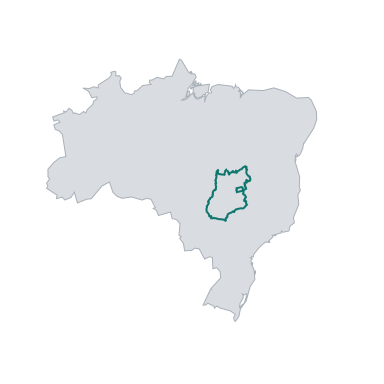 Goiás highlighted on a map of Brazil, rotated 346°
{"feature_id": "BRA-1294", "entity_name": "Goiás", "entity_type": "State", "adm_level": 1, "iso_a3": "BRA", "parent_name": "Brazil", "parent_adm1": "", "projection": "albers", "projection_center": [-49.017, -15.943], "detail": "fine", "context": "in_parent", "style": "outline", "palette": "teal", "viewbox_px": 384, "rotation_deg": 346, "n_neighbors": 0, "source": "natural_earth", "source_scale": "10m", "svg_char_len": 9010}
<svg xmlns="http://www.w3.org/2000/svg" viewBox="0 0 384 384"><g transform="rotate(346 192 192)"><path d="M97.3,86.8L101.5,89.6L106.3,87.7L108.0,89.6L110.5,86.5L117.0,83.1L118.3,80.2L122.5,78.4L122.7,76.6L117.7,76.4L115.9,69.1L111.3,64.8L117.2,66.7L122.3,66.2L126.1,68.3L127.0,65.4L139.7,61.1L142.4,58.5L142.1,56.3L146.0,56.0L147.2,57.0L146.2,60.8L149.6,61.6L150.9,64.6L148.7,67.0L148.0,73.2L150.8,79.5L157.0,82.9L159.5,82.3L160.7,80.1L163.0,80.5L169.7,76.8L178.4,77.6L177.0,74.9L178.3,73.1L180.0,73.8L185.6,72.3L192.1,75.4L194.7,73.7L200.8,74.8L211.9,60.1L213.7,61.6L217.6,74.9L219.6,77.0L223.3,78.1L223.8,81.5L217.4,88.0L213.6,90.2L208.5,99.1L203.5,100.5L208.8,100.7L216.5,96.1L218.0,101.8L220.2,103.5L228.2,101.5L225.8,108.0L228.9,102.8L232.6,99.8L234.4,100.7L235.3,99.8L234.5,97.4L237.0,94.6L243.3,94.0L256.6,99.1L257.5,101.6L259.4,99.9L262.5,101.9L263.3,104.1L261.6,105.5L262.3,106.3L264.0,104.9L264.4,106.3L262.8,107.7L261.7,112.1L263.9,110.3L265.5,107.1L265.7,109.4L271.7,106.6L285.5,110.8L296.6,110.8L307.2,117.3L316.2,126.2L327.9,128.5L330.0,131.7L332.2,144.0L330.5,151.9L325.5,159.6L312.3,172.1L312.4,171.1L309.7,177.0L305.6,182.1L303.7,182.8L302.5,180.4L301.3,181.5L299.4,187.1L300.1,203.5L297.4,212.8L297.6,216.5L294.0,220.3L292.7,229.7L284.3,241.3L283.8,246.7L279.0,248.7L276.6,253.2L270.6,253.1L269.3,251.4L268.8,253.3L259.4,253.5L259.8,255.0L253.8,258.7L250.5,258.6L244.5,261.6L237.1,267.2L235.7,269.9L234.4,268.9L233.9,270.1L232.2,269.6L234.4,271.2L232.7,272.9L232.1,275.9L233.4,282.4L231.8,292.1L225.7,297.6L218.2,310.8L211.2,316.7L211.0,314.8L216.0,312.3L220.4,305.1L220.5,303.8L217.5,304.6L215.8,302.3L216.7,304.6L215.9,307.3L211.6,311.7L210.2,315.2L210.7,317.1L207.5,323.8L203.0,328.0L202.0,327.4L201.9,324.1L204.4,321.1L200.3,316.5L191.2,311.4L188.4,308.6L185.9,310.2L185.6,308.1L180.4,303.7L178.0,305.0L175.4,304.4L186.0,291.4L187.3,291.4L187.0,290.2L199.0,282.3L200.0,275.9L197.6,271.4L193.7,271.5L195.9,260.6L193.3,259.0L188.1,260.2L185.2,248.9L180.8,247.1L177.6,248.6L170.6,247.3L171.3,239.8L168.8,233.9L170.8,232.5L168.9,230.9L172.7,219.8L170.2,214.9L166.3,213.0L166.3,206.2L153.8,206.7L153.0,201.1L150.5,198.5L152.6,198.3L150.5,189.1L146.4,187.2L141.5,187.7L132.2,182.2L122.7,181.2L118.4,178.2L115.2,173.2L114.3,162.3L106.1,164.4L92.5,174.2L88.1,173.5L78.2,174.9L77.8,163.7L73.3,168.0L66.7,169.0L64.9,165.6L58.9,165.6L60.3,162.4L51.8,153.2L53.6,151.2L53.0,148.4L57.0,144.8L56.0,142.3L57.7,135.1L64.8,130.0L72.1,126.8L78.2,127.1L80.2,105.1L78.0,100.6L74.5,98.3L74.2,93.4L80.8,92.2L79.3,89.6L75.3,89.9L74.9,85.5L87.3,84.2L87.0,82.4L89.1,83.9L92.9,81.0L95.2,83.6L95.8,87.2L97.3,86.8ZM221.2,90.3L235.0,91.6L231.7,99.1L229.2,99.3L228.8,100.6L226.7,100.0L224.6,101.9L219.4,101.9L217.5,98.1L218.8,97.2L217.2,95.8L218.3,91.4L221.2,90.3ZM209.6,99.6L211.6,94.1L213.8,93.3L213.7,96.7L209.6,99.6ZM225.0,87.7L223.7,89.7L220.5,89.2L221.0,87.9L225.0,87.7ZM220.3,85.5L219.8,89.6L218.4,89.2L220.3,85.5ZM227.2,90.3L225.2,90.5L224.3,90.2L226.7,88.9L227.2,90.3ZM218.2,90.5L216.2,91.8L215.4,91.1L216.8,89.9L218.2,90.5ZM221.9,86.8L221.0,86.0L222.6,85.1L222.7,85.9L221.9,86.8ZM220.8,76.2L219.6,76.4L219.3,74.9L220.4,74.8L220.8,76.2ZM233.8,286.4L233.4,285.1L234.3,283.9L234.5,284.2L233.8,286.4ZM254.9,258.2L255.2,259.7L253.9,259.3L254.9,258.2ZM233.2,276.9L232.6,276.1L233.5,275.2L233.7,275.6L233.2,276.9ZM263.6,109.4L262.7,111.0L263.6,108.7L263.6,109.4ZM303.0,183.0L301.7,183.4L302.6,182.2L303.0,183.0ZM262.8,254.2L261.5,254.6L261.2,254.3L262.0,253.7L262.8,254.2ZM300.7,185.8L300.2,186.7L299.9,186.1L300.7,185.8ZM260.1,98.6L260.2,99.4L259.8,99.3L260.1,98.6Z" fill="#d9dde1" stroke="#a8b0b8" stroke-width="1"/><path d="M249.9,180.1L250.8,180.8L251.0,181.0L250.9,181.2L250.3,181.7L250.1,182.5L250.2,182.9L250.8,183.2L250.9,183.3L250.9,183.5L250.8,183.9L250.5,184.1L250.1,184.3L249.9,184.7L249.4,186.1L249.4,186.8L249.5,187.6L249.8,188.5L250.1,189.1L250.4,189.9L250.9,190.2L251.2,190.8L251.8,191.1L251.7,191.6L251.5,191.9L251.5,192.3L251.5,192.6L251.8,193.0L251.8,193.7L251.7,193.9L251.4,194.3L251.1,194.8L250.9,194.9L250.7,195.2L250.3,195.2L249.9,195.3L249.7,195.1L249.2,195.1L249.0,194.6L248.7,194.2L247.8,193.7L247.7,193.6L247.3,194.1L247.2,194.3L247.2,194.5L247.4,194.7L247.2,195.1L247.4,195.3L247.4,195.5L247.4,195.9L247.4,196.0L247.1,196.2L246.9,196.2L246.1,195.8L245.9,195.7L245.4,195.8L245.1,195.9L245.0,196.1L244.8,197.3L245.0,197.4L245.3,197.9L245.3,198.0L245.0,198.4L244.8,198.6L244.7,198.8L244.7,199.6L244.9,199.8L245.1,199.8L245.3,200.8L245.4,201.2L245.4,201.9L244.8,202.1L244.4,202.2L244.0,202.2L243.7,202.4L243.3,202.2L243.1,202.7L242.7,203.0L242.4,203.0L242.1,203.1L242.1,203.3L241.9,203.9L242.0,204.4L242.0,204.6L241.8,205.0L241.5,205.5L241.2,205.7L241.1,206.4L241.2,206.6L241.4,206.9L241.8,207.0L242.4,207.5L242.6,208.1L242.7,208.5L242.8,208.8L243.1,209.4L243.1,209.8L242.8,209.9L242.6,210.1L242.7,210.5L242.4,210.7L242.2,211.0L241.9,211.1L241.8,211.4L241.7,211.5L241.4,211.7L241.3,211.9L241.3,212.1L241.1,212.3L240.8,212.3L240.7,212.3L240.5,212.7L240.5,213.2L240.6,213.4L240.9,213.7L241.0,213.7L241.4,213.5L241.6,213.6L241.8,213.7L242.0,213.8L242.3,214.1L242.3,214.4L242.3,214.7L242.1,214.9L241.9,215.2L241.7,215.9L241.7,216.3L241.9,216.7L242.0,216.9L242.0,217.0L242.2,217.6L241.8,217.7L241.7,217.9L241.5,218.0L241.4,218.1L241.2,218.2L241.2,218.3L240.3,218.6L240.2,218.7L239.6,219.4L237.8,220.3L237.1,220.2L236.9,220.1L236.4,220.0L236.1,219.8L235.5,219.6L234.8,219.6L233.1,219.5L231.7,219.6L230.8,219.4L230.3,219.7L229.4,220.1L229.1,220.4L228.0,221.6L227.9,221.6L227.7,221.5L227.4,221.1L227.2,220.7L226.7,220.9L225.1,221.5L224.8,221.6L224.4,221.5L223.6,221.5L222.9,221.8L221.7,222.1L220.6,223.4L220.3,223.8L220.4,224.4L220.3,224.6L220.2,224.7L220.0,225.1L219.7,225.2L219.3,225.1L219.1,225.2L219.0,225.4L218.7,225.6L218.6,225.9L218.2,226.2L218.0,226.4L217.9,226.9L217.8,227.1L218.0,227.6L217.8,227.8L217.5,227.6L217.4,227.5L217.2,227.7L216.7,226.9L216.2,226.4L215.7,226.4L215.4,226.2L214.9,226.2L214.0,225.5L213.3,225.3L213.0,225.3L212.6,225.3L211.2,224.7L210.7,224.3L209.7,224.0L209.5,223.6L208.6,223.1L208.4,223.1L207.9,223.1L207.7,223.1L207.1,222.5L206.8,222.3L205.9,222.5L205.4,222.4L205.0,222.4L204.2,222.2L204.1,221.9L204.3,221.3L204.8,220.5L204.9,220.3L204.8,220.1L203.9,219.8L203.4,220.1L203.1,219.9L202.9,219.7L202.9,219.4L203.0,218.0L202.9,217.5L202.5,216.6L202.2,215.8L202.0,215.5L201.6,214.9L201.5,214.7L201.5,214.2L201.6,213.9L201.7,213.4L201.8,213.0L201.9,212.8L201.8,212.2L202.1,211.8L202.2,211.4L202.6,210.8L202.7,210.7L202.9,210.5L202.9,210.3L202.8,210.1L203.0,209.4L203.0,209.2L203.3,208.9L204.4,208.3L205.0,207.6L205.1,207.2L205.6,206.8L205.7,206.0L205.3,205.8L205.2,205.7L205.2,205.4L205.3,205.1L205.6,204.9L206.1,204.7L206.2,204.2L206.8,203.7L207.4,203.3L207.6,203.3L207.7,202.8L208.0,202.5L208.1,202.3L208.2,202.2L208.7,202.1L209.6,202.0L210.0,201.6L210.4,201.5L210.6,201.5L210.7,201.4L210.8,201.2L211.0,200.9L211.4,200.1L211.4,199.9L211.2,199.6L211.3,199.5L211.5,199.5L211.8,199.1L211.9,198.6L212.0,198.3L212.0,198.0L212.0,197.8L212.2,197.6L212.1,197.2L212.5,196.8L212.7,196.7L213.1,196.1L213.5,195.9L213.8,195.7L214.2,195.5L214.4,195.4L214.5,195.5L214.8,195.8L215.4,195.5L215.6,195.3L215.7,195.0L216.0,194.9L216.0,194.4L216.2,193.8L216.4,193.2L216.6,193.0L216.8,192.2L216.6,191.4L216.8,190.8L216.8,190.5L216.9,190.2L217.2,189.6L217.1,189.4L217.5,189.3L217.7,189.1L217.7,188.9L217.5,188.2L217.6,187.9L217.7,187.5L217.6,187.2L217.6,186.8L217.5,186.4L217.8,186.3L218.0,186.2L218.2,185.6L218.3,185.1L218.9,184.4L218.9,184.0L219.3,183.5L219.5,182.9L219.5,182.7L219.5,182.2L219.4,181.8L219.7,181.7L219.6,181.4L219.9,181.2L220.0,181.0L220.2,180.4L220.1,180.2L220.2,179.9L220.4,179.2L220.6,179.0L220.7,178.5L221.0,178.2L221.2,177.9L222.4,177.0L222.6,177.1L222.6,177.3L222.6,177.5L222.1,178.1L222.1,178.8L221.7,179.5L221.6,180.5L223.1,181.4L223.6,181.4L223.7,181.5L224.1,181.8L225.7,182.5L226.5,182.6L227.7,183.1L227.8,183.0L227.9,182.9L228.0,182.2L228.4,181.3L229.5,179.4L230.0,179.0L230.4,178.8L230.4,179.2L230.4,179.4L231.0,179.7L231.5,180.1L231.7,180.4L231.9,180.8L231.8,181.3L232.1,182.0L232.1,182.8L232.0,183.3L232.0,183.6L232.1,183.9L232.2,184.0L232.5,183.8L232.7,183.7L232.8,182.6L233.0,182.4L233.3,182.4L234.1,182.7L234.8,182.6L235.2,182.5L235.9,182.0L236.3,181.7L236.4,181.8L236.5,181.8L236.3,182.3L236.2,182.5L236.3,182.6L236.6,182.6L236.9,182.7L237.6,183.1L237.8,183.0L238.4,183.4L239.8,183.8L239.8,183.7L239.4,182.5L239.5,182.3L239.8,182.0L240.1,182.3L240.3,182.6L240.3,182.8L240.6,183.1L240.6,183.4L240.9,183.1L241.3,183.1L242.1,182.7L242.4,182.7L243.8,182.0L244.6,181.8L245.3,181.9L246.0,181.7L246.9,180.8L247.3,180.6L248.0,180.4L248.3,180.3L249.0,180.3L249.3,180.2L249.8,179.9L249.9,180.1ZM242.1,203.0L241.8,202.8L241.8,202.6L241.8,202.2L241.8,201.8L242.1,201.1L242.1,200.7L242.1,200.4L242.1,199.9L241.4,199.5L241.4,199.4L241.3,199.2L236.1,199.1L235.9,200.0L235.8,200.3L235.7,200.6L235.8,200.7L236.0,200.9L235.8,201.3L235.4,201.5L235.6,202.3L235.7,202.5L235.6,203.0L236.1,203.0L242.1,203.1L242.1,203.0Z" fill="none" stroke="#0f766e" stroke-width="2"/></g></svg>